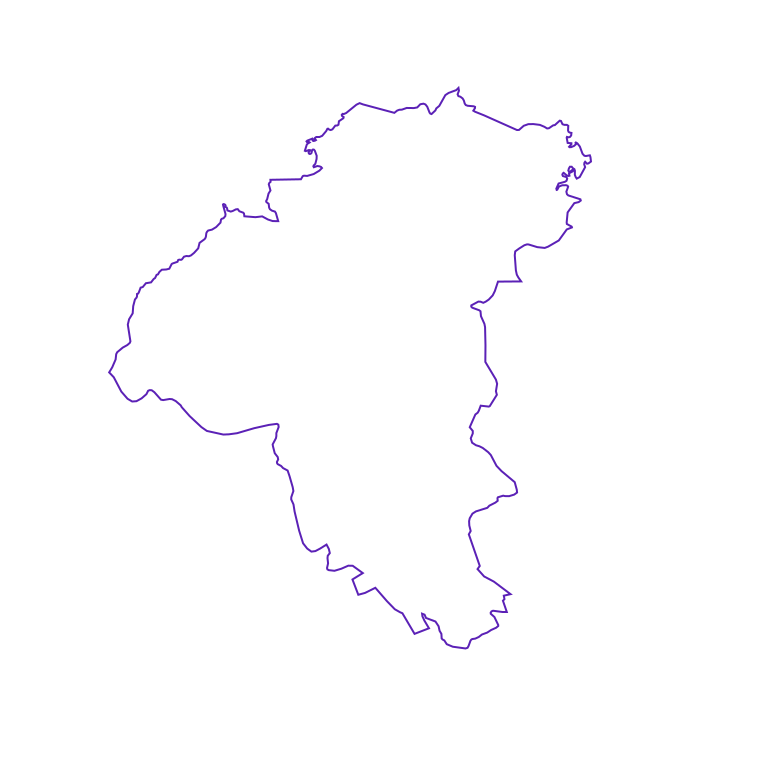 Krong Pac, Đắk Lắk, Vietnam (Robinson projection), rotated 254°
{"feature_id": "81297802B85821133415944", "entity_name": "Krong Pac", "entity_type": "district", "adm_level": 2, "iso_a3": "VNM", "parent_name": "Vietnam", "parent_adm1": "Đắk Lắk", "projection": "robinson", "projection_center": [108.37, 12.687], "detail": "fine", "context": "isolated", "style": "outline", "palette": "violet", "viewbox_px": 768, "rotation_deg": 254, "n_neighbors": 0, "source": "geoboundaries", "source_scale": "gbopen_adm2", "svg_char_len": 6166}
<svg xmlns="http://www.w3.org/2000/svg" viewBox="0 0 768 768"><g transform="rotate(254 384 384)"><path d="M253.2,262.3L247.0,264.8L242.9,268.0L242.3,272.0L243.4,277.2L245.5,284.5L240.7,285.5L236.4,285.3L234.4,282.6L232.2,281.7L227.0,280.8L222.8,278.5L221.4,278.5L220.3,279.6L218.1,284.9L218.2,292.1L219.2,299.6L217.9,303.8L208.1,311.5L204.8,299.8L188.5,301.2L188.4,308.2L190.5,319.5L174.4,327.0L164.5,332.3L160.1,336.6L158.6,338.5L135.4,344.5L136.8,359.9L145.5,357.6L150.1,356.9L152.7,357.3L151.1,359.4L147.5,359.9L141.5,368.0L136.1,369.7L131.5,369.4L128.0,370.3L123.5,369.3L122.2,369.9L120.9,371.3L116.6,372.6L112.5,377.7L107.3,389.5L107.4,391.6L108.9,393.1L113.3,396.3L114.2,397.4L114.5,398.5L114.1,401.6L114.7,405.4L116.2,409.1L116.6,414.7L118.0,419.2L118.8,424.6L119.9,427.1L120.8,427.4L129.6,425.9L133.7,423.3L134.8,423.5L135.8,424.7L136.0,426.3L132.2,435.0L131.0,439.2L142.9,438.6L144.0,440.5L147.5,440.8L147.1,447.7L163.8,435.1L171.4,427.2L180.3,422.9L182.7,425.9L216.1,424.1L218.8,426.8L224.5,427.0L228.7,428.0L231.3,429.4L235.0,433.3L236.2,437.3L236.5,449.2L238.0,451.7L239.3,458.4L240.4,461.1L243.0,461.6L243.7,462.3L243.8,467.8L242.9,469.4L241.7,473.3L241.8,478.7L243.0,482.0L245.8,482.5L253.6,482.6L267.8,473.0L274.3,469.6L286.3,467.1L289.7,465.4L295.3,461.3L297.8,458.6L299.8,455.5L303.3,452.5L307.8,452.4L312.0,455.7L314.4,456.4L318.8,454.5L329.5,463.4L330.6,466.2L332.2,467.8L336.5,471.0L333.4,478.5L333.6,479.6L342.5,489.5L346.2,489.6L353.0,492.8L357.4,492.8L377.3,487.5L393.2,492.2L410.7,496.8L414.1,497.1L422.5,495.9L427.3,496.8L428.6,495.9L433.0,489.9L434.3,489.2L435.5,489.6L437.2,497.4L436.5,499.5L434.7,501.8L435.1,504.4L436.3,508.0L439.2,512.9L442.8,516.2L451.0,521.8L444.8,544.1L449.4,542.5L452.5,541.8L456.9,542.1L471.8,545.2L475.3,546.7L477.0,551.3L478.7,557.2L478.8,559.9L478.3,561.4L473.3,569.1L470.5,576.0L470.8,579.6L473.8,591.6L482.2,602.3L482.7,607.8L483.5,607.8L487.4,603.9L488.9,604.1L498.3,607.8L505.4,616.8L505.2,621.3L506.1,623.7L507.4,623.7L514.5,613.1L516.0,612.2L518.6,612.3L522.9,615.4L524.0,615.1L524.9,613.8L525.9,610.1L525.6,606.6L523.0,604.1L523.0,603.5L524.3,603.5L528.6,607.1L528.5,613.6L529.0,615.4L530.9,616.7L532.6,616.4L534.6,613.3L536.0,613.1L537.1,613.9L537.5,614.9L534.1,617.2L533.1,618.8L533.1,619.7L535.5,619.9L536.4,624.1L537.3,624.6L538.0,624.3L536.8,621.4L537.3,620.3L538.3,620.0L540.2,621.1L541.6,622.6L541.1,624.3L539.3,625.1L538.1,626.2L536.4,626.3L532.5,625.1L530.2,625.3L528.3,625.9L529.0,629.2L537.0,637.1L540.0,637.0L541.5,637.7L542.2,638.6L539.8,639.9L539.7,641.3L540.8,644.3L545.3,645.0L547.1,644.9L547.5,640.9L548.2,639.5L550.6,638.3L558.3,637.7L562.0,636.2L563.3,635.0L563.1,634.6L561.6,634.6L560.5,632.4L560.1,629.2L560.5,627.6L561.0,627.3L562.8,630.2L563.8,630.5L565.1,627.0L570.4,627.5L571.1,628.0L570.2,629.5L570.2,630.8L571.3,632.4L573.7,633.4L574.6,631.7L575.6,630.9L577.0,630.8L581.4,632.3L582.7,631.2L583.4,628.8L584.5,627.2L588.1,626.6L588.7,625.5L585.8,619.6L586.0,617.9L584.4,613.0L584.7,611.2L587.0,609.1L590.1,605.3L592.7,599.2L594.0,594.3L593.7,589.5L591.0,583.8L591.5,581.8L614.7,554.2L620.6,546.6L622.1,545.2L624.1,547.5L625.3,547.9L626.2,546.8L628.4,541.1L629.6,539.5L631.3,538.9L634.5,538.9L636.8,538.3L639.1,536.6L640.2,534.9L642.2,534.6L645.3,536.9L648.1,537.2L646.6,534.5L646.0,526.4L644.8,522.6L636.1,513.8L634.5,510.2L632.8,508.8L630.4,504.1L631.1,503.1L632.3,502.6L638.6,502.0L641.3,500.9L642.6,499.2L642.9,496.0L640.7,492.2L641.0,488.8L643.1,481.9L642.8,476.7L643.4,474.4L643.2,472.0L641.8,468.7L658.6,440.8L660.7,438.0L660.1,434.5L654.9,422.3L654.6,419.8L655.1,418.7L654.4,417.6L653.4,417.5L651.7,418.8L650.7,418.2L649.0,413.1L645.8,411.7L645.4,410.4L645.8,408.4L643.0,404.6L642.8,402.8L643.6,401.5L644.9,400.6L644.9,399.9L643.1,398.2L639.6,393.0L639.2,390.0L640.1,387.0L639.5,385.3L639.0,384.6L638.5,384.6L638.0,385.5L637.2,385.8L636.9,384.5L637.1,383.0L637.8,382.5L639.6,382.6L639.1,377.4L638.6,376.4L637.7,376.7L637.3,378.6L636.7,379.1L636.1,376.9L635.3,375.7L630.0,372.2L629.4,372.9L629.6,376.3L629.2,377.3L628.7,377.2L627.6,375.4L626.3,375.3L625.6,376.0L625.5,376.9L626.1,378.0L628.8,379.5L629.0,380.4L628.5,381.3L627.3,381.8L621.9,382.2L618.9,381.2L614.6,378.7L613.4,376.6L612.7,376.1L611.7,376.3L611.9,380.0L611.0,382.0L610.0,383.3L608.7,383.9L606.9,380.7L605.2,374.3L605.2,367.5L606.3,364.5L606.2,363.2L603.7,360.6L611.6,331.1L609.6,330.7L608.9,329.2L607.8,328.3L601.3,328.2L598.9,325.5L594.0,322.7L592.3,321.1L591.3,321.1L589.0,322.8L585.2,322.2L583.5,322.5L581.5,324.1L579.8,326.7L578.0,327.2L569.7,327.2L571.3,321.9L574.1,317.8L578.7,313.1L579.8,306.4L583.7,296.0L586.5,296.4L587.5,295.9L589.9,292.6L592.4,291.6L592.7,289.7L592.0,286.2L592.0,284.2L594.0,281.3L596.2,281.6L597.0,281.4L598.1,280.2L599.2,280.9L599.9,280.8L600.7,280.2L601.2,279.2L600.9,278.7L599.7,278.6L591.0,278.5L589.1,277.7L587.6,275.4L587.5,273.5L586.9,272.6L584.2,271.3L581.1,265.9L579.8,261.2L580.0,257.3L579.1,255.8L578.0,254.8L574.7,253.4L573.6,252.6L572.7,251.5L570.5,245.6L565.6,242.8L562.4,237.6L560.8,233.9L560.6,231.7L561.5,229.3L561.5,226.8L559.5,224.2L559.3,223.1L560.0,221.4L559.9,220.3L558.4,219.2L558.1,213.7L557.8,212.9L554.0,209.4L554.1,206.3L555.1,201.9L553.6,198.9L551.7,197.0L551.6,195.5L549.0,193.2L548.4,191.5L545.9,188.1L546.5,182.9L543.7,178.8L543.7,176.6L539.8,173.7L538.7,172.6L538.6,171.4L536.5,170.8L535.3,170.0L533.9,167.9L528.0,164.4L521.2,161.9L516.5,156.8L511.7,154.1L494.9,152.0L493.6,151.0L492.2,148.0L491.0,142.9L488.1,136.3L486.5,134.8L481.6,132.8L475.0,127.4L470.9,123.0L465.0,126.1L449.1,129.4L440.5,133.4L436.6,137.1L435.7,141.3L437.0,147.0L439.7,152.8L442.5,155.4L442.7,157.1L442.0,159.0L439.4,161.0L430.4,165.3L429.4,167.3L428.7,173.7L427.8,176.1L425.0,179.1L419.5,182.7L417.4,183.2L406.6,188.4L392.9,196.6L387.7,200.8L379.7,215.6L378.4,221.0L377.2,229.2L377.3,247.0L376.4,262.1L375.2,270.1L374.1,271.2L371.7,270.9L366.5,267.0L363.7,266.2L361.7,265.2L356.6,260.3L354.6,260.1L347.6,259.9L343.1,261.7L340.7,261.5L338.6,259.6L337.5,259.4L336.3,259.7L333.6,262.5L331.0,263.8L327.4,267.5L321.3,267.8L310.1,267.8L306.1,267.4L300.8,263.7L298.7,263.0L293.2,263.8L286.0,262.9L266.5,262.0L253.2,262.3Z" fill="none" stroke="#5b21b6" stroke-width="2"/></g></svg>